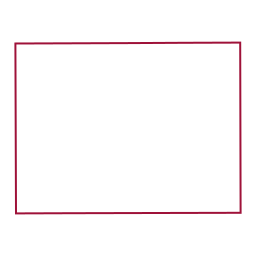 Wapello, Iowa, United States of America (Mercator projection)
{"feature_id": "52423323B35986324347111", "entity_name": "Wapello", "entity_type": "district", "adm_level": 2, "iso_a3": "USA", "parent_name": "United States of America", "parent_adm1": "Iowa", "projection": "mercator", "projection_center": [-92.439, 41.031], "detail": "fine", "context": "isolated", "style": "outline", "palette": "rose", "viewbox_px": 256, "rotation_deg": 0, "n_neighbors": 0, "source": "geoboundaries", "source_scale": "gbopen_adm2", "svg_char_len": 214}
<svg xmlns="http://www.w3.org/2000/svg" viewBox="0 0 256 256"><path d="M15.4,43.5L16.0,213.4L71.8,213.2L240.6,212.8L240.2,42.6L183.6,42.8L127.7,43.1L15.4,43.5Z" fill="none" stroke="#9f1239" stroke-width="2"/></svg>